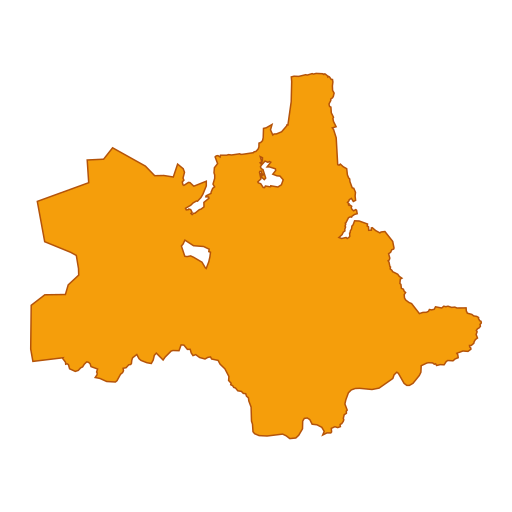 Batken, Batken, Kyrgyzstan
{"feature_id": "92254566B65149347501284", "entity_name": "Batken", "entity_type": "district", "adm_level": 2, "iso_a3": "KGZ", "parent_name": "Kyrgyzstan", "parent_adm1": "Batken", "projection": "equal_earth", "projection_center": [70.889, 39.851], "detail": "fine", "context": "isolated", "style": "filled", "palette": "amber", "viewbox_px": 512, "rotation_deg": 0, "n_neighbors": 0, "source": "geoboundaries", "source_scale": "gbopen_adm2", "svg_char_len": 6072}
<svg xmlns="http://www.w3.org/2000/svg" viewBox="0 0 512 512"><path d="M480.9,321.2L479.8,320.8L478.5,318.7L478.6,317.5L476.7,316.4L473.7,315.9L471.8,314.4L467.4,313.2L466.3,310.9L466.1,307.9L457.0,308.0L454.8,307.1L451.6,307.4L448.0,306.2L445.8,306.7L443.8,306.2L441.7,308.0L435.5,306.8L434.2,309.3L431.4,309.9L429.4,309.5L428.5,311.3L426.4,312.3L422.9,312.4L419.4,313.6L411.6,303.6L409.0,302.5L405.8,300.1L404.5,298.0L404.2,294.6L405.6,292.5L404.2,291.3L403.4,289.2L401.4,288.3L400.9,284.4L399.9,283.5L400.3,279.1L401.9,278.2L399.3,276.4L397.7,274.2L392.5,271.6L392.0,270.4L390.2,268.9L390.5,267.0L389.9,266.6L389.0,262.1L388.1,260.8L389.3,259.9L389.8,258.1L388.6,253.7L390.6,252.3L391.8,249.7L393.6,249.1L394.0,248.0L392.7,241.4L384.9,231.5L381.0,232.0L379.9,232.9L375.7,230.6L372.3,227.7L371.4,227.9L371.3,230.2L368.7,230.3L368.5,226.8L367.2,226.0L367.5,224.0L359.2,221.0L354.6,220.8L353.1,224.8L351.9,226.1L351.5,229.1L350.3,230.9L350.2,232.7L349.6,233.1L349.8,236.3L348.8,237.5L347.2,238.5L346.1,237.5L341.6,238.5L338.9,237.5L342.1,234.6L343.3,232.1L344.9,230.9L344.8,229.1L345.6,227.0L345.0,226.1L345.7,224.3L345.3,223.1L345.9,222.8L348.5,217.7L350.1,216.9L351.6,217.1L352.1,216.1L354.6,214.4L357.2,213.7L356.6,210.3L355.8,209.6L353.6,210.8L351.9,209.3L351.2,207.6L351.7,206.3L350.1,205.1L349.2,205.5L348.5,204.8L349.1,203.9L347.5,202.4L348.9,200.9L349.3,199.6L351.4,198.4L353.3,201.5L355.6,200.3L355.1,196.0L355.5,192.4L353.8,188.3L352.2,187.8L349.9,181.5L349.7,179.0L348.7,178.0L347.4,174.9L346.7,168.7L343.2,166.7L340.3,164.1L339.1,165.2L337.7,164.6L336.2,137.8L333.6,129.6L332.3,127.9L336.1,126.7L333.5,121.5L332.9,118.5L333.5,117.3L331.3,112.8L330.9,107.1L329.6,106.5L329.1,104.7L329.1,103.7L330.8,100.5L330.7,99.1L332.5,97.8L333.3,96.5L334.1,93.1L332.6,90.4L332.4,85.9L332.9,82.0L332.5,79.5L331.2,79.4L329.5,77.0L328.6,76.4L327.9,77.0L327.6,76.0L325.2,74.0L324.1,73.9L323.8,74.5L322.4,73.7L316.1,73.4L313.4,74.1L312.2,73.6L307.1,75.1L305.8,74.7L298.7,76.4L294.0,76.2L291.3,76.9L291.7,81.6L291.2,101.7L287.9,125.0L287.0,124.8L286.5,126.1L281.6,131.8L276.5,133.9L274.0,134.0L272.8,135.0L270.5,129.9L272.0,124.5L266.2,127.8L263.5,128.4L263.2,137.7L262.5,140.7L260.7,142.5L259.0,143.1L258.9,146.9L258.2,148.9L256.0,151.4L254.1,151.8L253.3,152.7L242.7,154.3L240.7,154.4L239.8,153.8L231.5,155.0L228.6,154.6L226.7,155.2L220.5,155.2L220.1,157.0L217.9,155.6L216.2,155.9L215.1,156.9L217.6,163.6L214.4,167.7L214.0,172.8L214.7,175.0L214.7,178.3L213.0,184.1L214.6,186.9L212.7,188.3L211.1,192.2L211.0,193.4L206.1,195.8L205.8,196.8L208.6,197.0L208.9,198.3L203.9,202.4L204.0,206.9L200.9,209.2L199.4,209.6L195.0,213.2L193.6,213.3L192.1,214.6L190.9,213.4L192.1,212.3L190.7,209.6L188.8,209.0L188.5,209.6L186.3,209.9L185.5,208.3L190.8,205.2L193.1,202.9L196.4,201.0L197.5,201.2L200.9,197.6L202.9,194.2L206.3,185.9L206.3,181.2L193.8,186.2L190.0,182.6L188.5,182.4L183.9,185.4L182.9,184.7L182.3,181.9L183.9,180.2L183.0,178.1L184.5,172.3L183.2,168.7L177.6,164.1L173.3,177.0L163.8,175.5L154.7,175.7L145.4,166.1L112.6,147.8L103.6,159.2L87.2,160.0L88.7,182.7L37.3,201.4L44.7,241.7L70.6,252.3L76.3,255.4L78.5,268.5L78.7,275.1L68.2,284.9L65.4,294.5L44.8,294.8L31.2,305.3L30.7,349.1L32.9,361.4L62.7,357.8L62.4,358.1L65.5,362.2L65.7,364.2L67.1,363.8L68.4,364.6L69.6,368.8L75.3,371.4L78.3,370.4L80.7,367.8L82.6,366.9L84.3,364.2L86.7,361.9L88.5,362.3L90.1,363.7L91.0,366.6L97.6,369.0L96.6,372.0L97.2,373.0L97.0,374.8L95.2,377.5L99.8,378.4L106.7,381.5L115.4,382.0L117.0,380.7L120.5,374.3L122.6,372.6L123.5,370.7L123.1,368.3L126.1,367.7L128.7,364.8L130.6,364.5L131.4,363.6L131.8,360.2L132.6,357.8L136.8,354.5L139.0,358.7L141.0,360.4L146.8,362.7L151.3,363.5L153.2,360.1L154.3,355.4L156.3,353.1L163.1,360.0L165.1,357.1L171.2,351.0L173.0,350.5L179.0,350.7L181.1,344.9L183.9,345.1L187.4,349.4L190.2,349.3L191.2,352.9L193.0,355.6L195.7,354.6L199.6,357.5L205.0,359.0L207.8,357.4L210.5,356.9L211.6,359.0L218.1,360.4L220.1,364.2L224.9,368.8L228.9,376.5L228.6,380.5L231.1,383.2L230.7,384.7L232.7,385.7L233.7,387.4L235.5,388.0L237.8,390.8L241.4,391.4L243.3,393.4L245.7,393.7L246.5,396.2L248.4,397.8L248.8,400.9L251.1,407.1L251.5,421.1L252.5,424.2L253.0,431.7L254.6,433.7L259.1,435.6L267.1,436.0L282.6,434.1L286.2,435.8L289.8,438.6L295.8,438.0L298.7,435.3L302.5,428.8L302.7,421.1L304.3,418.4L307.3,418.0L309.8,419.6L312.1,424.2L317.0,424.8L321.8,427.3L324.2,431.4L322.7,435.0L326.9,432.9L330.8,432.9L331.6,431.9L331.3,428.4L334.9,426.7L337.7,427.6L340.4,426.6L340.0,424.8L340.4,424.2L341.6,423.8L343.2,421.5L343.8,419.8L343.3,418.4L344.2,414.7L346.4,413.3L346.3,411.2L347.2,410.1L344.9,404.0L345.8,399.9L348.4,392.8L351.3,389.9L355.2,388.5L359.6,388.3L372.0,389.5L379.1,388.1L392.8,378.5L394.1,374.8L396.8,372.2L398.4,373.4L404.1,383.4L406.8,385.4L409.4,385.4L413.0,383.3L419.3,375.5L420.9,372.2L421.2,365.7L426.9,363.0L428.7,362.7L432.6,362.9L434.3,364.2L435.6,363.8L436.6,365.5L440.2,364.6L444.1,364.8L446.2,361.6L447.7,360.5L453.0,360.8L455.2,358.9L458.2,357.7L457.8,354.8L456.8,353.3L462.9,351.0L468.0,351.4L470.9,349.2L470.8,348.0L469.7,347.0L469.5,345.5L471.1,345.5L472.6,344.4L473.9,343.1L474.1,341.8L475.4,339.6L477.5,338.0L476.1,334.5L477.1,331.8L476.3,330.5L477.5,328.8L479.1,327.9L480.4,326.3L480.0,324.3L481.1,323.4L481.3,322.2L480.9,321.2ZM181.4,246.0L183.1,244.0L184.9,240.1L193.5,245.7L203.6,246.5L209.2,249.2L208.8,251.6L210.5,252.2L209.9,256.9L208.8,261.7L206.2,268.5L205.3,267.8L202.0,262.2L193.5,257.2L190.6,255.9L187.1,256.6L184.8,256.3L181.4,246.0ZM257.8,181.9L260.9,178.9L259.5,172.3L259.8,171.4L261.5,171.1L261.6,172.7L260.8,174.2L262.6,173.9L263.2,175.0L261.4,175.6L261.9,177.5L264.3,179.6L265.7,178.1L263.0,169.6L261.3,168.7L260.4,166.8L261.7,164.7L260.1,162.8L261.2,162.2L261.6,161.1L260.2,156.6L262.5,157.7L262.4,160.7L261.6,162.3L262.2,164.3L265.0,161.1L267.9,162.3L269.3,161.5L270.8,162.2L267.1,166.9L269.4,166.9L275.4,168.8L275.7,170.5L272.8,174.2L276.9,175.8L280.0,176.1L283.2,179.8L281.4,184.8L277.9,187.0L270.8,185.8L270.8,186.5L270.0,186.8L265.4,186.0L264.5,187.6L263.2,187.5L260.7,183.7L258.4,182.9L257.8,181.9Z" fill="#f59e0b" stroke="#b45309" stroke-width="1.5"/></svg>